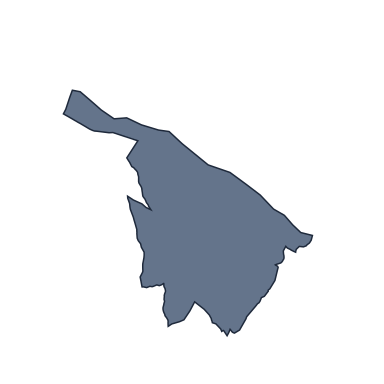 the district of Ga North Municipal, Greater Accra, Ghana, rotated 153°
{"feature_id": "2480657B39319620746428", "entity_name": "Ga North Municipal", "entity_type": "district", "adm_level": 2, "iso_a3": "GHA", "parent_name": "Ghana", "parent_adm1": "Greater Accra", "projection": "albers", "projection_center": [-0.267, 5.712], "detail": "fine", "context": "isolated", "style": "filled", "palette": "slate", "viewbox_px": 384, "rotation_deg": 153, "n_neighbors": 0, "source": "geoboundaries", "source_scale": "gbopen_adm2", "svg_char_len": 3590}
<svg xmlns="http://www.w3.org/2000/svg" viewBox="0 0 384 384"><g transform="rotate(153 192 192)"><path d="M279.6,130.1L278.3,129.5L275.8,127.4L272.4,127.1L271.7,126.6L270.9,126.0L270.5,125.7L270.1,125.7L269.6,125.5L265.5,125.2L263.7,123.4L260.9,123.1L260.1,123.3L258.8,123.4L258.7,123.3L259.6,121.3L259.8,120.7L259.9,119.9L259.9,119.0L259.8,118.5L259.8,118.4L260.5,115.9L261.0,115.1L261.6,114.6L262.7,113.6L263.1,113.1L263.6,112.6L264.3,111.1L264.8,110.4L265.2,109.7L265.4,109.4L265.6,109.1L265.8,108.4L265.9,107.6L266.1,107.1L266.3,106.7L267.5,105.5L268.0,104.8L268.5,104.2L268.9,103.7L269.3,103.3L270.4,102.0L270.8,101.2L271.0,100.7L271.2,100.3L271.4,99.5L271.7,98.2L271.8,96.3L271.8,95.4L272.2,94.0L272.1,93.6L272.1,93.2L271.9,92.4L271.7,91.2L271.6,88.8L272.0,87.6L272.7,86.4L273.7,84.3L274.2,83.1L269.9,83.6L262.0,82.1L257.2,81.8L247.9,87.0L239.5,92.9L234.4,82.0L232.4,74.6L232.3,70.3L232.7,69.3L232.8,67.8L233.2,66.3L232.0,65.1L230.6,63.7L228.6,56.9L228.8,54.3L227.1,54.5L226.8,54.3L226.6,53.4L226.0,48.0L223.1,50.0L220.4,52.4L220.2,51.7L220.0,50.3L219.8,49.3L219.8,49.2L219.6,48.8L219.5,48.5L219.4,48.4L218.8,47.6L218.2,47.0L212.3,47.4L201.5,54.5L200.0,56.0L187.1,61.4L184.4,62.7L182.6,62.9L180.9,63.9L178.1,66.4L174.9,66.2L169.1,69.0L168.9,69.7L168.6,70.0L166.6,70.4L165.8,70.9L158.3,75.5L150.4,84.7L149.6,85.5L149.4,86.2L149.5,86.5L149.5,87.0L149.8,87.6L150.6,88.7L150.9,89.2L150.9,89.3L148.9,89.1L148.0,88.9L147.1,88.8L146.1,88.6L145.0,88.5L144.1,88.7L143.4,89.0L142.6,89.4L142.0,89.9L141.2,90.3L140.8,90.6L140.5,90.8L139.9,91.6L139.6,92.2L139.2,93.1L138.9,93.9L138.8,94.5L138.6,95.1L138.1,96.4L137.6,97.5L137.3,98.1L133.1,101.0L132.5,98.8L130.5,96.2L130.0,95.2L128.3,92.9L127.0,91.3L126.3,92.3L125.1,93.6L121.1,94.8L117.6,92.5L114.5,92.2L113.8,92.6L113.2,92.8L112.5,92.9L111.8,93.0L110.7,93.2L109.9,93.6L109.2,94.0L108.4,94.5L107.7,94.9L104.4,98.6L113.5,106.5L117.2,117.0L120.3,129.3L127.1,139.8L132.6,158.3L140.0,173.7L149.3,192.2L165.3,208.8L178.9,239.6L185.0,256.3L193.7,262.4L206.6,274.8L216.5,287.7L228.2,292.6L235.6,306.2L240.5,318.5L246.1,332.1L252.4,337.0L257.9,331.9L266.9,323.0L271.1,320.0L268.8,316.5L268.5,316.1L266.3,312.7L265.0,310.7L263.9,308.9L263.7,308.7L261.8,305.7L260.4,303.7L259.6,302.4L257.3,298.8L256.5,297.5L254.6,294.5L254.1,293.9L253.5,293.1L252.6,292.0L251.8,291.2L251.2,290.6L250.6,290.2L250.0,289.9L238.9,282.4L235.5,280.9L217.0,262.2L234.6,252.0L234.3,248.3L234.1,247.1L234.1,242.1L234.0,241.8L233.1,240.5L232.8,239.9L232.6,238.7L232.4,238.4L232.3,237.7L232.1,237.4L231.6,235.1L231.6,234.0L232.2,232.3L232.6,230.1L232.9,229.3L234.8,225.6L235.1,224.4L235.2,224.0L235.0,221.5L235.0,221.0L234.9,220.6L234.9,220.3L234.9,219.6L235.1,218.0L235.6,216.7L236.1,215.3L236.2,215.0L236.3,214.7L236.6,213.7L236.9,213.0L237.2,212.1L237.4,211.6L237.7,210.3L237.1,206.7L237.2,206.0L237.2,205.3L237.3,204.3L237.4,203.6L237.3,202.5L237.1,201.9L237.1,201.6L236.9,200.5L237.1,199.1L237.1,198.9L236.7,194.9L240.0,199.1L242.0,204.2L244.8,207.6L247.4,210.9L247.9,211.5L248.2,212.1L251.3,217.5L252.1,215.6L252.4,213.2L252.6,211.7L252.7,210.9L252.8,210.2L253.1,209.3L253.5,208.3L254.2,206.5L254.5,205.5L254.8,204.5L255.1,201.8L255.7,196.3L256.4,193.0L256.8,190.7L258.2,183.6L259.0,182.1L259.2,181.4L260.0,180.0L261.8,175.7L262.0,173.1L261.3,169.2L262.2,165.8L262.0,160.4L262.0,160.2L262.2,159.6L262.8,158.5L263.1,157.8L263.7,156.8L264.7,155.2L265.4,154.3L266.9,152.3L268.2,150.7L268.7,149.9L269.0,149.4L269.3,148.8L270.3,146.8L271.6,144.0L271.9,143.5L272.2,143.3L272.4,143.0L276.8,139.8L278.0,135.5L279.6,130.1Z" fill="#64748b" stroke="#1e293b" stroke-width="1.5"/></g></svg>